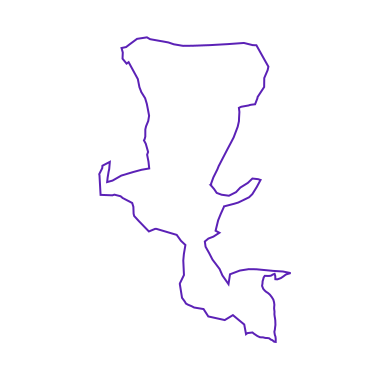 the district of Bende, Abia, Nigeria, rotated 353°
{"feature_id": "59680162B50576086706147", "entity_name": "Bende", "entity_type": "district", "adm_level": 2, "iso_a3": "NGA", "parent_name": "Nigeria", "parent_adm1": "Abia", "projection": "robinson", "projection_center": [7.629, 5.638], "detail": "fine", "context": "isolated", "style": "outline", "palette": "violet", "viewbox_px": 384, "rotation_deg": 353, "n_neighbors": 0, "source": "geoboundaries", "source_scale": "gbopen_adm2", "svg_char_len": 2890}
<svg xmlns="http://www.w3.org/2000/svg" viewBox="0 0 384 384"><g transform="rotate(353 192 192)"><path d="M280.0,284.5L272.6,282.0L263.0,280.2L246.3,276.5L238.9,275.5L229.9,275.8L219.7,278.3L217.0,287.9L212.0,278.5L210.0,271.8L204.1,261.6L201.6,254.8L198.8,248.0L198.7,242.7L202.6,240.2L207.8,238.9L214.2,235.8L210.7,233.3L214.5,223.3L217.9,217.2L221.9,210.6L222.0,210.2L232.5,208.8L236.6,208.1L248.0,204.2L251.6,201.5L256.9,194.9L261.5,188.4L259.1,187.3L253.6,186.0L248.5,189.8L240.5,193.5L235.7,197.5L228.2,200.2L221.0,198.3L216.4,195.9L214.3,191.8L212.6,189.2L211.4,187.5L211.9,187.5L211.9,186.2L215.0,180.1L219.9,172.7L221.9,169.1L222.6,168.2L223.0,167.6L223.6,166.7L226.6,162.3L232.5,153.7L236.7,147.7L240.0,142.9L245.3,132.8L247.2,127.5L247.7,124.4L248.8,118.3L248.8,114.2L251.2,113.4L258.7,113.0L260.0,112.7L261.4,112.6L265.3,112.6L268.3,107.0L268.7,105.7L276.4,96.6L277.6,87.7L281.9,80.3L283.1,76.9L280.2,69.9L273.8,54.2L270.1,53.6L261.7,50.4L245.9,49.6L227.6,48.4L225.4,48.2L222.0,47.9L216.0,47.4L211.5,47.0L210.9,47.0L210.2,46.9L209.5,46.8L202.3,46.0L202.0,45.9L201.3,45.9L200.8,45.8L200.1,45.6L199.7,45.5L197.4,44.8L196.4,44.5L192.0,43.2L186.8,40.7L181.1,38.9L178.4,38.1L169.0,35.2L166.1,33.0L163.2,33.1L156.1,33.3L147.8,38.0L145.1,39.6L144.8,39.8L144.3,40.1L139.6,40.5L140.3,45.1L139.3,51.2L142.7,56.6L144.9,55.4L152.0,73.3L152.6,81.6L153.7,85.9L153.7,86.3L156.9,93.2L157.9,99.0L158.4,106.2L158.7,111.1L157.2,116.2L154.4,121.2L153.3,124.2L152.4,131.3L151.4,133.8L150.6,134.9L152.0,138.5L153.3,146.9L152.0,149.5L152.5,156.6L152.4,163.4L144.6,163.8L136.1,165.0L123.8,167.1L114.5,171.0L109.0,171.8L110.0,167.5L111.7,161.7L112.6,159.2L114.1,152.1L106.3,155.0L105.8,157.4L102.1,163.0L102.2,164.3L100.9,183.7L112.6,185.6L112.9,185.5L114.7,185.2L120.6,187.5L122.0,189.0L122.4,189.5L131.3,195.6L132.0,199.6L131.4,206.5L131.7,208.8L135.7,214.4L144.4,225.9L150.9,224.1L152.3,224.3L171.6,232.7L175.1,239.1L179.0,243.8L176.4,252.5L175.0,258.9L173.9,273.4L168.8,281.3L168.7,281.9L169.2,295.8L171.5,299.9L172.4,302.0L172.6,302.1L174.0,303.2L177.7,305.3L180.0,306.9L189.2,309.6L193.0,317.5L208.9,323.1L217.6,319.2L227.7,329.9L228.3,339.7L229.8,338.8L231.7,338.8L234.9,338.8L236.1,340.1L237.6,341.4L239.2,342.8L240.4,343.6L241.9,344.5L244.7,344.9L247.0,345.8L249.4,346.2L250.9,346.7L252.1,348.0L253.7,348.9L255.3,350.6L256.8,351.0L257.2,347.9L257.2,345.7L256.8,343.9L256.7,340.8L257.5,338.6L257.9,336.8L258.6,334.1L259.0,329.7L259.0,327.4L258.9,325.7L258.9,323.4L259.3,320.8L259.3,317.6L259.7,315.4L260.0,314.1L260.0,311.4L259.6,308.7L258.4,306.1L256.8,303.4L255.2,301.6L253.2,299.9L252.1,298.6L250.9,296.8L250.1,293.7L250.8,291.4L251.2,289.2L252.0,287.4L252.7,285.6L254.0,284.1L258.1,284.7L260.1,284.7L262.1,283.8L264.0,283.3L264.4,285.5L264.1,288.7L266.0,289.1L268.4,288.6L269.9,288.2L272.6,286.8L275.0,285.4L276.9,285.0L280.0,284.5Z" fill="none" stroke="#5b21b6" stroke-width="2"/></g></svg>